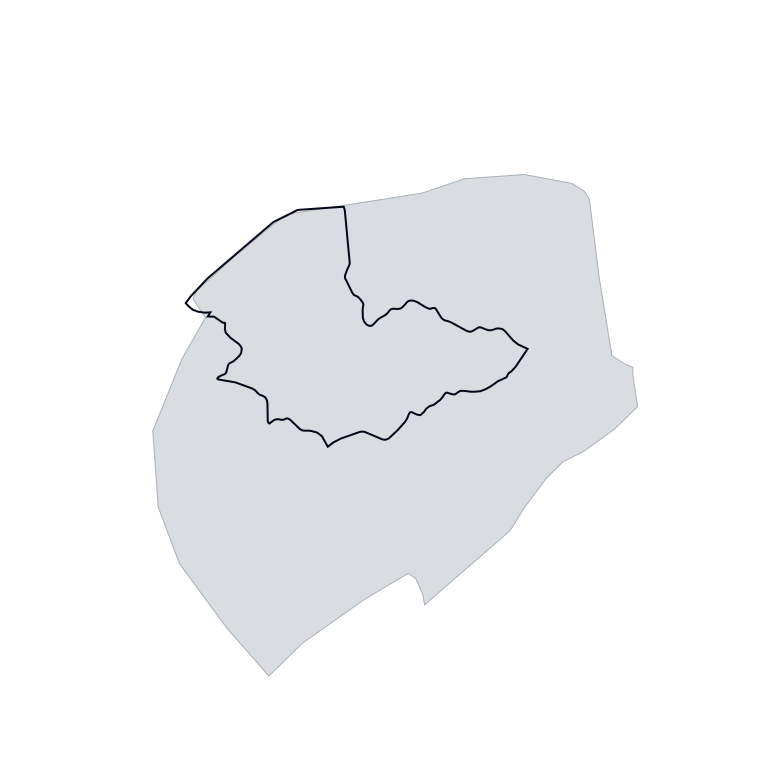 Manzini highlighted on a map of eSwatini, rotated 50°
{"feature_id": "SWZ-536", "entity_name": "Manzini", "entity_type": "District", "adm_level": 1, "iso_a3": "SWZ", "parent_name": "eSwatini", "parent_adm1": "", "projection": "natural_earth1", "projection_center": [31.309, -26.515], "detail": "fine", "context": "in_parent", "style": "outline", "palette": "ink", "viewbox_px": 768, "rotation_deg": 50, "n_neighbors": 0, "source": "natural_earth", "source_scale": "10m", "svg_char_len": 3035}
<svg xmlns="http://www.w3.org/2000/svg" viewBox="0 0 768 768"><g transform="rotate(50 384 384)"><path d="M531.3,182.7L537.3,187.8L564.3,204.2L566.7,236.6L564.1,273.8L558.6,297.2L560.6,320.5L569.2,356.8L577.4,381.7L579.2,494.8L570.1,489.6L553.4,484.7L544.6,487.0L536.4,537.7L530.1,613.0L533.7,659.9L470.4,661.3L390.4,656.2L333.1,636.0L271.3,591.3L234.5,521.8L218.4,478.1L195.9,475.6L192.2,468.1L190.2,414.8L190.6,358.9L194.7,344.0L236.4,275.1L262.2,232.2L278.3,190.8L313.4,142.2L351.0,111.2L365.0,106.7L374.6,108.0L440.8,150.7L508.8,191.2L523.5,186.6L531.3,182.7Z" fill="#d9dde1" stroke="#a8b0b8" stroke-width="1"/><path d="M194.6,483.9L192.6,475.7L189.7,451.4L189.2,402.5L188.8,364.8L195.1,338.3L222.3,300.9L225.9,302.5L269.2,332.4L270.1,333.4L270.9,334.8L273.4,340.0L275.6,343.7L276.9,345.2L278.7,346.1L280.3,346.3L293.6,349.6L296.6,349.8L299.1,348.5L300.9,347.9L303.5,347.7L307.3,347.9L309.0,348.2L310.0,348.8L311.5,350.7L313.9,353.1L320.1,357.9L323.6,359.1L326.8,359.2L329.2,358.4L330.7,357.2L331.5,355.6L331.4,353.0L330.7,347.1L331.0,343.8L331.7,340.6L332.1,337.4L331.7,334.6L331.2,332.2L331.3,330.4L332.2,328.6L335.6,325.0L336.6,323.1L337.0,321.1L336.8,318.3L336.1,313.7L336.2,311.9L336.9,310.4L338.1,308.8L340.0,307.3L342.8,305.8L351.6,302.9L354.6,301.5L355.8,300.7L356.3,300.1L356.8,298.6L357.4,297.6L358.4,296.3L359.7,296.0L369.9,297.5L372.6,297.2L374.6,296.4L376.3,295.0L379.4,293.2L396.5,286.5L398.6,285.2L399.4,284.3L399.9,283.3L400.4,281.8L401.3,275.9L402.0,274.2L403.3,273.2L408.0,270.7L410.7,268.7L411.6,267.4L412.3,266.2L413.9,262.0L415.3,260.3L417.7,258.2L420.0,257.5L421.9,257.3L433.6,257.1L439.7,255.9L449.4,251.4L455.4,272.1L456.2,278.8L455.8,281.0L456.2,282.8L457.6,285.8L455.1,295.0L454.4,303.9L453.3,309.4L451.5,314.8L448.7,318.8L445.9,322.3L440.2,327.6L438.2,330.3L437.8,332.8L437.7,335.8L436.8,337.4L435.0,338.8L431.2,341.2L430.6,342.2L430.6,343.7L431.8,348.2L432.3,351.1L431.9,359.4L430.4,362.9L430.1,365.6L430.1,367.7L431.1,371.5L431.2,373.4L431.1,376.3L429.2,378.0L426.7,379.4L424.0,380.5L422.5,381.8L422.8,383.8L425.3,388.5L426.5,392.2L428.1,403.0L428.8,415.7L427.6,418.8L425.5,420.8L408.4,429.5L407.2,430.5L406.0,431.9L405.0,433.7L398.1,452.0L396.2,460.3L395.9,467.4L384.1,465.1L378.1,466.5L373.4,469.8L371.4,471.6L369.6,473.8L367.2,476.3L364.4,477.4L350.7,478.9L348.7,479.8L347.6,480.8L347.4,482.3L346.8,483.8L345.7,485.4L342.9,487.7L341.8,489.3L341.1,490.8L340.9,492.3L340.6,497.2L339.7,497.5L337.8,497.0L324.4,486.1L321.3,484.2L317.9,483.5L315.1,484.5L312.5,486.0L310.0,486.6L306.7,486.6L302.8,487.8L287.1,496.9L274.0,508.0L272.8,508.3L272.3,507.4L272.4,505.7L272.7,503.8L273.8,500.4L274.1,499.1L273.9,497.7L269.8,491.9L268.9,490.2L268.8,488.8L269.3,487.2L269.8,484.8L269.8,481.8L269.4,476.7L268.9,474.7L268.0,473.0L265.5,470.2L262.8,469.5L260.1,469.5L249.9,471.9L243.2,472.3L239.8,470.7L236.6,467.7L235.3,466.7L234.6,466.7L234.2,467.5L233.0,468.2L223.1,470.9L219.0,475.7L217.5,471.0L214.1,475.5L209.6,479.6L204.6,482.6L199.7,483.6L194.6,483.9Z" fill="none" stroke="#020617" stroke-width="2"/></g></svg>